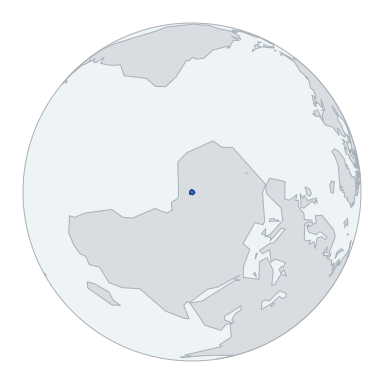 globe centered on Atakora, rotated 98°
{"feature_id": "BEN-2181", "entity_name": "Atakora", "entity_type": "Department", "adm_level": 1, "iso_a3": "BEN", "parent_name": "Benin", "parent_adm1": "", "projection": "orthographic", "projection_center": [1.484, 10.71], "detail": "fine", "context": "on_globe", "style": "filled", "palette": "blue", "viewbox_px": 384, "rotation_deg": 98, "n_neighbors": 0, "source": "natural_earth", "source_scale": "10m", "svg_char_len": 9234}
<svg xmlns="http://www.w3.org/2000/svg" viewBox="0 0 384 384"><g transform="rotate(98 192 192)"><circle cx="192" cy="192" r="169" fill="#eef3f6" stroke="#a8b0b8"/><path d="M140.4,31.1L131.1,34.5L134.1,33.5L129.4,35.8L131.1,35.6L127.4,37.2L131.9,35.8L135.0,34.4L138.0,33.5L139.3,33.4L134.8,35.2L133.5,35.6L132.9,36.1L130.0,37.2L132.2,36.6L126.5,39.2L134.0,36.7L131.0,38.8L126.8,40.6L124.9,40.3L110.2,45.4L105.4,48.0L100.4,51.5L96.0,57.7L91.6,61.0L87.3,65.5L90.8,63.5L95.4,59.3L100.9,57.1L105.8,52.8L108.8,51.5L114.8,47.6L116.4,48.5L114.7,51.6L109.7,55.1L108.8,56.8L115.6,54.0L108.3,61.6L107.0,69.1L104.9,71.4L97.0,73.9L91.9,72.0L81.7,77.4L90.8,74.4L85.3,80.9L85.4,82.5L87.2,82.7L90.3,80.6L88.9,83.2L79.4,86.6L80.5,84.2L83.5,83.0L81.0,82.4L74.6,85.6L72.3,89.2L65.0,91.8L63.2,94.6L60.7,97.0L63.9,92.3L57.9,101.1L49.0,108.8L40.7,125.3L46.1,111.4L46.4,109.0L45.9,108.1L44.5,110.7L45.9,107.2L45.4,108.0L52.0,97.4L59.4,87.3L67.5,77.8L76.3,68.9L85.7,60.7L95.7,53.2L106.2,46.4L117.2,40.5L128.6,35.4L140.4,31.1ZM32.5,136.4L32.3,136.8L34.3,131.6L34.9,131.8L29.5,146.3L29.7,151.0L26.8,162.6L26.1,169.4L27.4,169.1L28.4,173.3L30.8,167.3L34.0,165.1L32.3,174.8L35.4,166.8L36.2,172.3L43.6,175.0L42.6,176.9L48.5,191.0L57.8,198.8L59.9,206.5L58.5,210.6L62.4,212.8L62.5,215.7L80.3,223.8L91.4,232.9L92.5,242.9L85.9,252.9L86.3,275.5L76.1,280.5L77.8,289.2L77.4,300.5L70.7,297.7L77.1,304.9L77.0,307.8L73.9,306.9L77.2,311.3L75.1,310.5L79.3,314.1L81.7,318.5L87.8,323.7L91.1,327.1L95.2,330.1L94.3,329.6L94.9,330.2L96.9,331.6L92.5,328.6L87.1,324.5L83.2,321.3L80.3,318.6L78.9,317.5L71.9,310.2L72.6,311.3L61.9,298.7L55.7,288.8L41.1,257.4L37.8,250.3L32.4,240.6L25.4,213.7L25.2,204.5L24.5,199.2L26.7,187.0L27.5,173.6L27.1,171.1L25.9,175.3L25.8,164.9L27.6,154.4L28.7,148.6L32.5,136.4ZM38.1,130.8L38.5,141.7L35.9,141.1L36.8,139.9L37.2,135.9L37.1,131.5L35.5,131.9L38.1,130.8ZM43.5,122.9L43.3,121.8L43.8,122.2L43.5,122.9ZM113.5,47.5L114.1,47.6L112.7,48.2L113.5,47.5ZM115.6,45.9L113.4,46.6L114.1,45.9L115.4,45.5L115.6,45.9ZM118.0,45.2L115.5,44.8L116.7,43.7L122.6,41.2L118.0,45.2ZM135.4,34.1L132.2,35.5L133.7,34.4L135.4,34.1ZM135.6,33.7L135.9,32.7L141.3,30.8L140.1,31.4L146.1,29.4L148.7,28.9L145.9,29.9L141.9,31.1L145.9,30.1L135.6,33.7ZM139.4,33.0L138.9,32.8L143.6,31.1L145.3,31.3L143.3,31.7L139.4,33.0ZM151.3,28.0L153.3,27.6L155.2,27.1L149.2,28.8L146.8,29.2L151.3,28.0ZM142.9,32.1L146.1,31.4L145.1,32.2L140.1,33.1L142.9,32.1ZM144.1,30.7L146.4,30.0L145.7,30.4L144.1,30.7ZM143.3,35.4L142.6,34.8L145.0,33.8L143.3,35.4ZM147.3,31.1L147.7,30.9L148.5,30.5L150.4,30.3L147.3,31.1ZM151.8,28.3L152.3,28.3L154.4,27.6L156.8,27.3L152.3,28.5L155.2,27.9L156.0,27.8L151.5,29.0L151.8,28.3ZM154.8,29.1L150.0,31.1L150.7,32.1L148.6,32.9L147.9,31.2L154.8,29.1ZM153.3,28.9L153.8,29.2L150.9,29.9L148.8,30.1L153.3,28.9ZM160.0,26.7L157.5,26.8L158.5,26.6L160.0,26.7ZM155.6,29.2L156.7,28.8L156.0,29.2L155.6,29.2ZM159.3,27.2L158.2,27.2L159.5,27.0L159.3,27.2ZM159.9,28.0L158.3,28.6L156.9,28.7L159.9,28.0ZM160.1,27.5L162.0,27.2L157.3,28.4L159.4,27.6L160.1,27.5ZM160.6,27.0L161.0,26.8L160.9,27.0L160.6,27.0ZM166.4,27.6L160.8,29.1L157.5,29.2L163.4,27.7L166.4,27.6ZM93.9,329.5L97.4,331.9L95.6,330.4L102.4,334.7L102.5,335.2L94.1,329.7L93.9,329.5ZM99.3,331.5L100.1,331.1L101.7,332.0L101.5,332.5L99.3,331.5ZM354.0,144.1L354.2,144.7L352.3,138.6L347.8,127.8L348.7,133.5L351.4,152.4L354.8,168.4L354.4,176.5L346.5,155.6L340.9,141.0L339.4,143.4L330.2,132.8L318.0,135.8L315.2,132.3L313.1,134.8L306.5,132.2L301.6,126.6L298.1,127.8L310.8,142.7L314.4,141.6L315.8,134.4L318.8,140.1L325.0,144.2L322.2,160.5L302.3,178.5L298.5,166.7L273.5,137.1L273.2,133.4L273.0,133.1L272.6,132.4L272.3,138.4L267.3,132.7L282.7,153.5L286.1,163.1L302.1,179.2L301.0,181.4L305.6,184.4L317.9,177.3L318.4,181.4L313.7,201.4L295.0,230.3L296.4,247.0L293.3,261.6L279.3,272.9L278.2,283.6L270.6,288.3L268.6,294.4L261.2,301.5L249.7,308.4L232.6,310.0L233.4,304.7L227.7,294.8L220.5,269.2L226.8,256.6L226.0,247.1L213.5,226.4L216.4,214.1L212.6,209.2L205.0,210.9L200.3,205.0L195.5,205.1L164.3,210.3L153.7,202.5L138.5,178.5L143.4,168.8L142.4,157.8L174.3,120.2L183.2,122.0L210.8,116.0L214.6,117.1L213.6,125.5L236.1,134.2L240.7,126.7L258.8,130.7L269.4,129.3L269.1,113.6L251.8,115.5L246.5,108.5L258.6,100.6L273.4,99.9L271.8,97.2L260.6,92.2L262.0,86.9L256.4,90.1L260.1,92.6L256.7,94.9L253.1,92.9L253.8,90.9L248.8,90.2L246.9,100.4L250.5,104.0L238.5,107.1L243.3,113.5L240.7,117.1L231.7,107.5L231.1,103.8L215.8,94.6L215.4,98.6L229.7,107.9L226.1,107.3L225.6,113.8L223.1,108.5L207.6,98.2L195.5,101.5L183.4,118.0L175.7,119.8L167.6,117.1L168.7,101.3L185.9,99.2L186.5,94.3L180.2,87.9L186.0,88.1L185.5,85.5L191.7,84.7L197.7,78.1L203.6,77.0L203.3,69.5L206.3,68.2L205.6,72.8L208.3,75.9L222.7,74.3L224.6,72.6L223.3,68.0L227.4,68.5L224.2,64.3L231.1,62.1L220.0,61.6L218.1,57.1L220.8,53.5L218.2,52.1L213.8,58.2L213.8,60.8L217.1,63.1L215.4,71.2L211.1,72.9L205.2,64.8L198.4,66.6L196.9,60.2L209.7,46.5L216.5,43.9L233.3,47.9L233.3,50.6L227.2,50.2L235.3,54.2L233.4,52.1L236.9,52.8L235.9,49.3L238.3,49.7L233.3,46.0L236.1,46.1L239.2,48.4L240.2,44.1L245.3,43.9L244.4,42.8L241.9,41.7L250.0,42.5L249.0,41.8L245.9,41.1L241.9,39.3L237.8,36.6L240.9,37.0L242.7,38.0L251.2,41.2L255.7,44.3L256.5,44.3L253.3,41.7L243.0,37.8L239.7,36.1L244.7,37.5L242.6,36.8L242.0,36.2L244.1,36.0L238.7,34.4L227.1,28.3L230.1,28.1L235.8,29.6L230.9,27.6L232.3,27.9L244.4,31.4L256.2,35.7L267.6,40.9L278.7,47.0L289.2,53.8L299.2,61.4L308.6,69.8L317.4,78.8L325.5,88.4L332.8,98.6L339.4,109.4L345.1,120.6L350.0,132.2L354.0,144.1ZM165.9,139.0L165.6,142.3L165.9,139.0ZM291.1,107.5L298.7,106.9L291.9,98.2L294.3,97.4L291.1,94.9L291.4,97.6L283.1,90.9L285.1,87.8L282.5,84.2L279.8,84.3L277.3,91.2L289.2,100.5L288.9,104.5L291.1,107.5ZM43.9,174.9L44.6,177.2L43.2,176.7L43.9,174.9ZM34.3,144.8L35.0,145.6L34.9,147.4L34.2,147.4L34.3,144.8ZM42.9,150.1L44.2,151.7L42.3,151.7L42.9,150.1ZM38.8,143.3L41.7,149.3L38.1,150.6L36.4,147.0L38.3,147.1L38.8,143.3ZM40.7,128.0L40.9,129.0L40.0,130.6L40.7,128.0ZM44.0,123.3L43.7,123.3L44.1,121.7L44.0,123.3ZM85.9,80.7L86.6,80.6L87.8,81.3L86.1,82.1L85.9,80.7ZM100.0,79.5L97.5,83.8L98.1,81.0L95.3,82.5L93.0,79.1L103.7,72.3L99.3,75.8L100.0,79.5ZM93.0,73.2L93.2,75.7L92.5,73.3L93.0,73.2ZM176.8,73.5L179.8,74.8L178.7,77.8L171.2,80.5L172.7,76.1L176.8,73.5ZM184.3,76.1L180.6,68.1L185.1,66.5L183.2,68.7L186.6,68.5L184.4,71.9L192.4,78.9L191.9,82.1L178.3,84.5L183.0,81.7L179.8,80.4L184.3,76.1ZM163.2,54.7L161.6,52.5L173.4,51.9L173.5,54.1L166.0,56.6L161.5,55.4L163.2,54.7ZM128.9,41.5L127.6,41.5L128.8,40.9L131.0,40.3L128.9,41.5ZM142.8,35.2L136.2,40.9L134.3,41.1L132.7,44.9L127.1,47.1L128.3,44.5L122.8,49.3L121.6,47.8L118.5,51.1L121.8,45.1L120.5,44.4L124.1,44.3L129.2,42.2L131.1,41.1L135.5,37.6L135.4,35.6L140.5,33.6L144.1,32.8L144.9,33.0L141.3,34.1L145.0,33.6L140.4,35.4L142.8,35.2ZM183.9,31.0L179.4,31.1L185.9,32.5L181.4,33.4L182.5,33.5L180.1,34.9L179.0,36.9L176.6,37.2L177.2,37.9L175.7,39.0L175.7,40.1L171.5,41.2L171.2,42.7L169.3,42.4L169.9,44.9L167.5,43.5L165.3,45.2L168.8,45.6L145.7,50.8L137.8,54.8L132.6,59.2L129.2,56.9L132.0,51.6L138.0,45.9L146.1,42.6L143.1,42.5L146.1,41.0L147.2,41.7L147.2,39.8L150.0,38.8L155.4,35.2L153.8,33.5L155.7,32.3L157.7,32.5L158.2,31.3L163.3,31.1L164.8,30.3L171.4,29.6L174.4,30.9L175.8,30.0L180.9,29.8L183.9,31.0ZM168.2,27.4L172.8,28.1L172.6,29.2L161.3,30.0L159.3,30.7L152.0,31.8L152.5,30.5L154.5,30.2L156.6,29.7L155.6,30.3L157.9,29.5L160.8,29.2L163.4,28.5L164.2,28.9L168.2,27.4ZM217.6,113.7L220.3,113.9L224.2,113.2L223.9,117.5L217.6,113.7ZM206.8,106.7L209.1,106.0L210.6,111.2L207.8,111.3L206.8,106.7ZM209.0,101.5L209.1,105.6L207.4,103.4L209.0,101.5ZM207.6,72.1L209.8,71.4L210.5,72.4L209.9,74.1L207.6,72.1ZM202.4,37.3L199.9,36.7L200.2,36.3L196.7,34.3L199.8,33.7L203.1,34.7L202.4,37.3ZM266.9,116.6L264.7,119.8L262.7,118.6L263.9,117.7L266.9,116.6ZM243.9,118.7L249.8,120.1L243.7,119.9L243.9,118.7ZM205.2,36.3L203.4,35.5L206.0,35.8L205.2,36.3ZM201.9,33.3L204.8,33.4L199.8,33.4L201.9,33.3ZM295.1,324.5L293.9,326.0L292.6,326.6L295.1,324.5ZM315.0,255.5L301.5,281.9L295.6,283.1L296.3,276.1L302.6,260.4L310.1,254.9L314.2,247.3L315.0,255.5ZM355.2,169.8L357.4,178.6L356.9,180.8L355.2,169.8ZM228.9,33.7L230.3,36.8L233.4,39.4L238.3,41.1L231.9,40.3L227.3,36.3L228.9,33.7ZM227.0,28.7L222.7,27.8L224.1,27.7L225.3,27.9L227.0,28.7ZM224.7,28.5L220.3,28.4L217.6,27.5L221.6,27.8L224.7,28.5ZM212.9,31.4L213.1,32.3L211.0,31.9L212.9,31.4ZM221.7,25.7L222.1,25.7L220.5,25.5L219.3,25.3L221.7,25.7Z" fill="#d9dde1" stroke="#a8b0b8" stroke-width="1"/><path d="M193.4,189.9L193.5,189.9L194.1,190.9L194.3,191.1L194.5,191.3L194.4,191.4L194.3,191.5L194.2,191.6L194.3,192.5L194.2,192.6L194.0,192.8L194.0,193.0L194.2,193.3L194.3,193.4L194.3,193.6L194.2,193.7L194.2,193.8L193.9,193.8L193.8,194.0L192.9,194.0L192.7,194.1L192.4,194.3L192.2,194.2L191.9,194.2L191.6,194.2L191.2,193.9L190.8,193.6L190.6,193.5L190.4,193.3L190.1,193.2L189.9,193.0L189.9,192.9L189.9,192.6L190.0,192.4L190.0,192.0L190.2,191.8L190.2,191.7L190.3,191.5L190.2,191.4L190.3,191.2L190.5,191.2L190.5,190.9L190.7,191.0L190.8,191.0L190.9,190.9L190.8,190.7L191.0,190.6L191.0,190.4L191.3,190.4L191.4,190.2L191.5,190.3L191.6,190.2L191.8,190.0L191.7,189.9L191.8,189.8L191.9,189.7L191.9,189.8L192.0,189.8L192.3,189.9L192.3,190.0L192.6,189.9L192.8,189.9L193.0,189.8L193.3,189.9L193.4,189.9Z" fill="#3b82f6" stroke="#1e3a8a" stroke-width="1.5"/></g></svg>